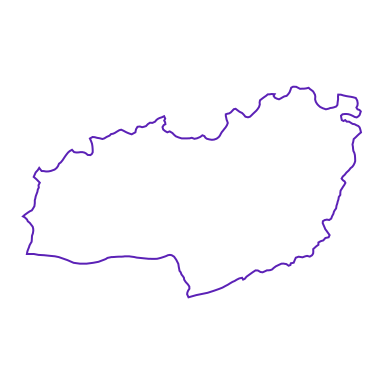 outline of Sabatia, Western, Kenya
{"feature_id": "3690345B66034792821771", "entity_name": "Sabatia", "entity_type": "district", "adm_level": 2, "iso_a3": "KEN", "parent_name": "Kenya", "parent_adm1": "Western", "projection": "mercator", "projection_center": [34.76, 0.115], "detail": "fine", "context": "isolated", "style": "outline", "palette": "violet", "viewbox_px": 384, "rotation_deg": 0, "n_neighbors": 0, "source": "geoboundaries", "source_scale": "gbopen_adm2", "svg_char_len": 5280}
<svg xmlns="http://www.w3.org/2000/svg" viewBox="0 0 384 384"><path d="M26.9,254.0L33.9,254.0L38.5,254.9L44.0,255.2L49.7,255.8L54.9,256.3L58.8,257.1L67.4,260.1L73.6,262.8L80.1,263.7L82.3,263.7L86.3,263.7L93.2,262.8L98.5,261.8L104.1,259.7L105.8,259.0L107.5,257.9L109.4,257.5L111.3,257.1L114.0,257.0L116.3,256.8L118.4,256.7L120.2,256.7L122.8,256.6L125.1,256.3L127.1,256.3L129.0,256.3L131.0,256.6L134.1,257.0L136.8,257.6L140.8,258.0L144.7,258.4L148.7,258.8L150.4,258.8L152.9,258.9L157.0,258.8L158.7,258.4L160.7,257.9L163.5,257.0L165.8,256.2L168.0,255.2L169.9,254.9L171.7,255.2L174.1,256.7L176.2,259.7L178.3,263.8L178.8,267.1L179.2,269.0L179.5,270.8L180.7,272.3L181.5,274.5L182.8,276.1L183.9,277.7L184.2,279.7L185.7,282.0L187.9,284.4L189.3,286.5L189.4,288.8L188.2,290.5L187.4,292.4L187.1,294.2L188.5,297.3L196.3,295.1L202.7,293.8L207.6,292.8L214.1,290.7L219.2,288.9L222.5,287.6L225.4,286.0L227.9,284.7L230.1,283.3L232.5,281.9L234.6,281.0L236.7,279.7L239.3,278.4L242.1,277.8L243.1,279.6L244.8,278.8L246.5,276.7L248.7,275.1L252.6,272.3L255.5,270.4L257.9,270.5L260.5,272.0L262.6,272.3L264.5,271.5L267.0,270.3L268.7,270.3L270.4,270.1L272.2,269.4L273.5,268.1L275.9,266.3L278.6,265.0L281.4,263.7L283.4,263.6L286.4,264.1L288.6,265.7L290.4,265.0L290.8,263.3L293.7,262.7L294.7,260.2L295.8,257.7L298.6,256.7L302.5,257.3L305.3,256.3L307.1,255.9L309.8,256.6L312.0,255.3L313.1,253.6L313.3,251.9L313.2,249.1L316.4,246.2L318.4,244.8L318.4,242.5L320.7,241.2L323.3,240.4L325.4,238.0L328.6,237.3L329.6,235.1L327.8,232.6L326.4,230.6L325.3,229.2L324.7,227.7L323.6,225.2L322.7,223.1L322.9,221.2L324.6,220.1L326.9,219.6L329.2,220.0L331.2,218.6L332.1,216.2L333.4,213.8L333.9,211.8L334.7,210.3L336.1,208.4L336.5,205.7L337.3,203.4L337.7,201.5L338.4,199.6L338.8,197.0L340.3,194.9L340.3,192.9L340.6,190.6L341.9,188.6L343.2,186.5L344.2,185.1L345.4,182.9L344.6,181.4L343.0,180.3L341.6,178.6L342.8,176.5L344.7,174.8L346.4,172.6L348.8,170.4L350.6,168.1L352.3,166.8L353.5,165.2L354.6,163.0L355.2,161.1L355.1,158.0L354.9,155.1L354.3,152.8L353.4,151.0L353.1,149.0L352.9,146.7L352.5,144.4L353.2,141.9L353.7,139.1L356.0,137.0L357.5,135.5L359.0,134.1L361.0,132.4L360.3,129.5L359.6,127.4L358.3,126.0L356.4,125.2L354.6,124.2L352.6,123.9L351.0,122.9L349.1,121.7L346.7,121.6L345.2,120.1L343.5,121.0L341.8,120.1L341.3,117.8L341.0,115.7L342.5,114.3L344.8,114.0L346.5,114.0L348.4,114.2L350.4,114.8L352.6,115.8L354.8,117.0L356.7,117.4L358.4,116.3L359.6,115.0L360.2,113.2L360.8,111.4L359.5,110.0L357.5,109.3L356.4,107.6L357.5,105.4L357.7,103.2L357.2,100.5L355.8,98.0L353.3,97.3L350.9,96.8L348.8,96.5L346.4,96.1L343.3,95.4L341.0,94.7L338.2,94.6L338.0,96.6L338.1,99.1L337.6,102.6L337.4,104.9L336.2,106.5L333.7,107.4L332.0,107.8L330.3,108.0L328.5,108.7L325.9,109.3L322.7,108.2L320.1,106.9L318.3,105.3L317.0,103.8L315.8,101.8L315.1,99.4L315.3,96.6L315.0,94.8L314.1,93.1L313.1,91.4L311.3,90.0L309.9,89.0L308.6,87.8L306.2,88.4L303.7,88.7L301.7,88.7L300.0,88.8L298.5,88.0L296.2,86.8L293.1,86.7L291.2,87.7L290.5,89.9L289.5,92.4L288.1,94.3L286.6,95.9L284.3,96.4L282.3,97.5L280.8,98.4L279.0,99.3L276.7,98.6L274.8,97.6L273.6,95.9L274.6,94.2L271.7,94.0L269.6,94.3L267.7,94.4L266.1,95.8L264.2,97.1L262.3,98.5L260.0,100.3L259.6,102.5L259.8,104.5L259.0,107.0L257.7,109.0L256.3,110.7L254.6,112.3L253.1,113.7L251.4,115.4L250.0,116.7L248.0,117.3L245.4,116.7L243.7,114.6L242.1,113.0L239.6,111.8L237.3,110.1L235.6,108.8L233.8,109.2L232.3,110.8L230.9,112.3L229.2,113.4L227.5,113.7L225.8,114.3L225.8,116.0L226.2,117.7L226.6,119.7L227.2,121.2L227.8,123.0L226.9,125.3L225.6,127.4L224.2,129.1L222.9,130.8L221.8,132.1L220.8,133.8L219.9,135.6L218.7,137.1L216.6,138.7L214.0,139.6L211.9,139.8L209.3,139.4L206.7,138.7L205.3,137.6L204.4,136.1L202.4,135.3L200.3,136.9L198.7,137.6L197.0,138.3L194.4,138.8L191.8,137.8L189.6,138.3L186.7,138.4L184.3,138.4L181.7,138.4L178.5,137.4L175.8,136.3L174.0,134.7L172.4,133.0L169.7,131.4L167.3,132.3L165.3,131.2L163.2,129.5L162.5,127.1L163.7,125.1L165.4,124.2L165.1,122.2L164.2,120.6L165.2,118.6L164.1,116.2L161.8,117.3L159.6,118.0L158.0,118.8L156.5,119.9L155.0,121.7L152.4,122.9L150.0,122.7L147.9,124.1L146.0,126.1L143.8,126.8L142.1,127.2L139.9,126.5L137.5,126.8L136.0,129.3L135.4,132.3L133.9,133.1L131.7,134.3L129.5,133.6L127.5,132.8L125.8,132.0L123.4,130.7L121.2,129.7L119.3,130.2L117.1,131.5L114.7,133.0L113.1,133.7L111.0,134.1L109.6,135.6L106.7,136.9L104.3,138.4L102.4,139.0L99.9,138.3L96.9,137.8L94.8,137.2L92.6,137.0L89.9,138.5L91.1,141.2L92.0,143.7L92.4,146.1L92.6,148.4L92.7,150.2L92.7,152.3L91.8,154.0L90.4,155.1L87.7,154.9L86.1,153.5L84.5,152.6L82.3,152.1L80.6,152.1L78.6,152.4L76.4,152.5L74.1,152.1L72.0,149.8L69.7,151.1L68.1,152.5L66.8,154.1L65.6,155.7L64.3,157.6L62.6,160.2L60.8,162.4L59.0,163.7L58.0,166.1L56.6,168.0L54.6,169.6L52.6,170.3L51.0,170.9L48.6,171.4L46.1,171.5L43.8,171.1L41.6,171.0L40.4,169.5L39.2,167.9L37.8,170.1L35.7,172.4L33.7,176.9L36.5,179.3L39.8,182.7L38.5,185.2L38.8,187.6L37.8,189.5L37.4,191.8L36.5,194.2L35.7,196.4L35.3,198.5L34.8,200.2L34.8,203.2L34.4,206.2L33.0,208.6L31.8,210.4L30.0,211.2L28.0,212.5L24.8,214.8L23.0,216.4L24.8,217.4L27.0,219.5L27.8,221.3L29.8,222.9L31.4,225.0L32.7,226.7L33.2,228.7L33.3,230.7L32.9,233.3L32.0,235.8L31.9,237.9L31.8,239.8L31.6,241.8L30.5,243.6L29.5,245.5L29.0,247.2L28.3,248.9L27.4,251.3L26.9,254.0Z" fill="none" stroke="#5b21b6" stroke-width="2"/></svg>